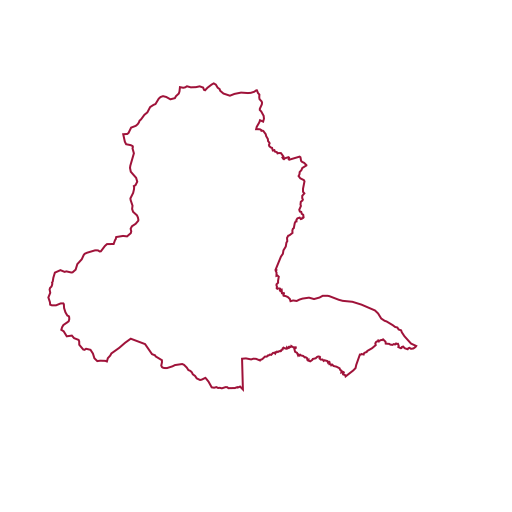 Pablo Sexto, Morona Santiago, Ecuador (Natural Earth projection), rotated 21°
{"feature_id": "8360857B79368212574342", "entity_name": "Pablo Sexto", "entity_type": "district", "adm_level": 2, "iso_a3": "ECU", "parent_name": "Ecuador", "parent_adm1": "Morona Santiago", "projection": "natural_earth1", "projection_center": [-78.197, -1.841], "detail": "fine", "context": "isolated", "style": "outline", "palette": "rose", "viewbox_px": 512, "rotation_deg": 21, "n_neighbors": 0, "source": "geoboundaries", "source_scale": "gbopen_adm2", "svg_char_len": 6110}
<svg xmlns="http://www.w3.org/2000/svg" viewBox="0 0 512 512"><g transform="rotate(21 256 256)"><path d="M102.1,199.7L105.2,203.9L106.3,216.7L106.8,218.9L108.9,222.2L116.1,226.0L118.5,229.2L118.1,233.1L116.9,234.5L117.6,235.5L118.2,237.5L118.7,241.2L118.1,247.2L118.9,248.7L122.7,253.3L123.5,256.5L125.4,258.8L130.3,260.7L132.0,262.4L133.3,264.5L133.4,265.4L132.1,269.1L129.5,272.7L129.2,275.5L130.7,277.7L130.9,279.6L128.6,283.9L124.7,284.9L118.7,288.4L119.0,290.6L118.7,291.7L118.8,295.8L112.6,298.3L111.3,300.9L109.5,307.2L108.5,307.8L106.4,307.4L103.7,308.4L97.1,313.5L95.3,315.3L94.8,316.8L94.5,321.5L92.1,327.6L92.5,333.4L90.6,337.0L89.5,337.6L84.5,338.3L83.0,339.4L78.5,339.3L74.2,343.6L74.6,348.9L75.4,352.8L75.1,353.9L75.8,354.9L76.0,356.4L76.0,357.8L75.2,359.6L75.3,361.2L77.1,364.1L77.0,369.1L80.2,373.0L81.3,375.2L83.2,375.2L87.0,373.7L90.6,370.3L93.1,369.3L93.9,369.9L95.5,373.4L98.3,376.9L101.2,379.2L102.8,379.3L103.4,379.9L104.3,381.8L104.5,384.2L100.9,389.5L100.5,392.0L100.7,394.7L103.4,395.2L108.1,398.8L112.6,396.3L115.6,397.9L120.4,397.9L121.5,399.0L122.8,402.2L128.2,405.2L129.6,405.0L130.6,403.5L135.1,402.9L138.7,405.5L141.8,409.4L145.5,411.0L148.0,409.6L152.9,407.9L154.6,407.9L154.3,404.5L155.6,401.2L155.9,398.8L161.2,390.8L164.9,383.9L168.7,378.1L184.0,378.0L194.1,384.9L197.3,384.9L198.3,385.7L205.5,387.0L206.3,388.9L206.8,392.2L208.0,393.4L208.9,393.6L210.4,393.5L213.1,392.5L217.6,388.9L219.4,386.9L225.8,383.3L227.8,383.4L231.4,385.0L233.7,386.7L235.9,386.8L237.8,387.6L239.4,389.1L242.1,389.8L244.5,391.5L248.2,391.8L249.6,390.9L252.4,387.9L252.9,388.1L256.7,390.3L261.7,394.5L264.1,394.0L266.0,392.6L267.9,392.8L269.5,392.0L271.5,391.8L274.6,389.3L276.2,388.8L277.6,389.3L283.7,386.8L284.9,385.6L285.6,385.6L286.0,384.9L286.7,384.9L287.9,383.6L291.6,385.3L279.8,356.9L283.3,355.2L288.5,354.3L290.4,352.8L292.9,352.0L297.1,352.1L297.1,351.4L297.9,351.0L298.9,349.9L300.4,346.7L302.1,346.1L302.8,344.5L303.4,344.4L304.3,343.0L305.6,342.9L306.6,340.4L307.8,339.8L308.8,340.2L308.7,338.8L309.7,338.6L309.9,337.7L310.9,337.7L311.8,336.5L312.6,336.4L312.9,335.6L313.4,335.6L313.5,334.7L314.4,333.7L314.0,332.8L314.5,331.7L316.6,331.9L317.4,331.6L317.5,330.6L318.2,331.3L319.1,330.4L319.1,329.5L319.7,329.7L319.9,328.8L320.5,328.9L321.3,328.2L321.2,327.4L323.7,327.9L325.8,327.0L326.1,327.5L325.1,329.0L326.8,331.4L329.0,331.7L331.0,333.8L331.3,332.8L332.3,333.3L332.7,332.4L333.5,332.7L335.9,332.4L337.9,333.2L338.6,332.7L340.4,333.1L341.0,334.3L342.1,333.8L342.2,334.9L344.4,334.9L345.8,332.8L345.9,331.8L348.4,330.1L349.1,328.5L350.1,327.5L351.6,327.2L352.0,327.4L352.1,328.9L353.7,329.5L355.2,328.8L356.8,329.7L357.3,328.8L360.2,328.5L361.4,329.7L361.8,328.7L362.2,328.5L362.8,328.8L363.3,330.7L364.6,330.3L365.4,331.1L366.2,330.1L367.8,330.9L370.8,330.5L374.3,330.9L375.3,332.1L376.8,332.4L377.4,334.2L378.5,333.0L379.4,333.0L379.8,333.4L379.4,334.6L379.7,335.3L382.1,335.3L382.8,336.3L387.8,328.0L389.1,325.0L388.6,321.7L388.3,310.8L389.2,310.5L389.6,309.7L391.8,309.4L391.7,308.1L392.7,306.7L393.7,306.1L393.9,304.8L397.4,300.5L399.7,296.3L398.7,294.8L398.9,293.3L399.9,292.0L401.0,291.9L400.7,291.0L401.5,291.1L403.0,289.5L403.9,289.3L404.5,288.3L407.6,289.6L408.5,291.3L411.9,290.3L413.1,290.6L415.2,290.1L416.3,288.8L417.5,288.8L418.1,287.5L418.7,287.7L420.0,287.1L421.4,288.7L421.5,290.0L424.3,290.2L424.8,289.8L424.8,288.7L425.8,287.8L427.9,288.8L431.0,288.7L431.3,287.5L432.2,286.7L433.7,287.1L434.4,286.9L436.1,285.9L437.5,283.8L437.8,282.6L432.1,282.2L423.3,277.7L419.5,275.0L418.1,273.4L415.5,273.5L413.6,272.1L411.3,272.4L408.6,271.6L401.3,270.3L399.3,270.4L395.3,269.5L390.6,265.9L386.6,264.2L371.9,263.6L362.4,264.2L353.0,266.8L349.0,267.2L338.7,267.2L337.1,267.5L332.5,269.3L330.2,272.0L325.6,275.4L320.4,275.9L314.7,279.1L312.2,281.1L310.1,283.4L306.6,284.2L304.4,285.8L303.0,284.0L300.4,282.9L298.0,282.8L296.0,283.2L295.6,282.7L295.5,280.8L295.2,280.6L294.2,281.5L293.6,281.5L292.2,278.6L291.3,280.0L290.6,279.5L290.6,278.0L290.0,277.8L288.6,278.2L287.7,279.0L286.9,278.7L286.5,277.0L285.7,276.2L285.3,275.1L286.2,273.0L285.5,271.4L284.7,267.2L283.0,266.5L282.2,267.2L281.1,264.1L280.0,263.1L280.1,261.9L279.2,261.9L279.5,247.6L280.3,244.3L279.6,240.9L280.4,236.5L279.6,232.6L279.9,231.0L278.5,228.0L278.8,225.5L279.8,224.7L281.8,221.4L280.8,219.1L280.7,217.4L281.3,216.4L280.4,211.4L280.6,209.6L281.4,209.2L280.8,207.6L281.2,206.0L283.0,204.5L284.6,205.5L285.5,204.8L285.6,203.7L286.4,203.5L286.6,202.9L285.3,200.6L283.6,200.2L282.4,198.6L281.0,198.8L279.8,197.3L280.0,193.2L279.1,192.0L278.4,189.3L279.5,187.5L279.5,186.5L278.4,185.4L277.6,183.2L278.7,180.2L276.9,179.2L275.8,176.4L274.5,168.9L273.5,168.0L269.5,167.6L267.1,166.1L267.3,164.2L266.7,162.0L267.6,159.6L267.7,157.2L270.6,153.4L270.5,153.1L267.6,151.8L265.2,151.6L264.0,151.0L262.1,147.9L261.1,147.6L252.5,154.2L251.8,153.9L251.6,152.3L250.9,152.1L248.0,154.4L247.4,155.6L246.4,155.4L245.4,154.6L246.2,153.7L246.0,153.3L242.4,151.0L240.2,151.8L239.3,152.5L238.3,151.6L236.1,151.7L235.2,150.6L233.9,151.5L232.2,149.3L231.2,149.4L229.2,148.8L228.3,147.7L228.3,145.9L227.8,145.4L226.1,144.4L225.1,142.5L222.6,140.5L221.4,138.8L218.1,136.7L217.3,136.6L216.2,137.2L215.6,136.5L214.1,136.3L210.7,137.6L210.4,135.1L211.2,130.0L211.1,127.8L214.5,128.0L214.2,124.9L212.9,122.4L209.1,119.2L207.2,118.3L206.8,117.1L207.1,112.4L206.7,110.7L205.9,109.7L203.1,108.3L202.2,106.8L201.3,104.1L199.4,103.1L197.5,101.0L196.9,101.2L195.5,103.3L192.6,105.6L190.0,106.8L183.5,108.8L177.8,112.4L174.2,115.7L167.4,116.0L163.4,114.6L162.2,113.2L159.9,112.6L157.1,110.4L154.7,110.0L153.1,111.9L150.4,116.3L149.1,119.5L147.9,119.5L146.3,117.7L142.6,117.8L139.4,119.9L134.7,121.9L130.7,122.3L129.5,123.9L127.8,125.0L124.5,125.6L125.6,129.9L125.7,132.0L124.0,135.5L123.7,137.7L119.9,140.4L115.2,139.7L111.9,140.1L109.9,141.8L108.8,144.0L107.7,150.2L106.2,151.6L103.8,154.9L103.1,160.9L101.2,164.2L99.7,169.7L98.8,171.4L98.8,173.3L98.3,175.4L97.1,177.6L93.4,180.9L92.9,186.8L92.1,188.2L88.4,189.9L92.6,196.3L94.7,198.2L99.3,197.4L101.4,197.6L102.0,198.3L102.1,199.7Z" fill="none" stroke="#9f1239" stroke-width="2"/></g></svg>